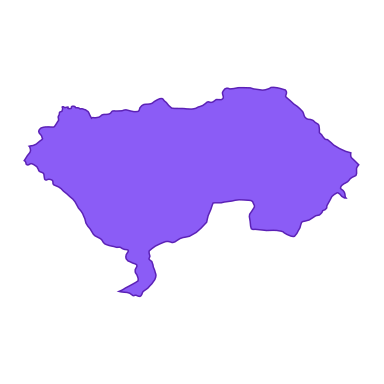 outline of Xin Man, Hà Giang, Vietnam, rotated 269°
{"feature_id": "81297802B50713424689894", "entity_name": "Xin Man", "entity_type": "district", "adm_level": 2, "iso_a3": "VNM", "parent_name": "Vietnam", "parent_adm1": "Hà Giang", "projection": "equal_earth", "projection_center": [104.512, 22.634], "detail": "fine", "context": "isolated", "style": "filled", "palette": "violet", "viewbox_px": 384, "rotation_deg": 269, "n_neighbors": 0, "source": "geoboundaries", "source_scale": "gbopen_adm2", "svg_char_len": 5992}
<svg xmlns="http://www.w3.org/2000/svg" viewBox="0 0 384 384"><g transform="rotate(269 192 192)"><path d="M166.8,319.0L168.1,320.5L169.3,321.6L171.0,322.3L172.1,324.9L173.7,326.4L175.9,326.6L179.0,328.4L181.6,329.9L185.1,331.8L186.9,334.0L188.6,336.9L188.7,337.7L188.3,338.4L187.4,339.7L185.0,341.7L183.4,344.3L183.3,345.9L184.2,345.2L185.4,345.0L186.9,344.9L188.3,344.6L189.6,344.0L190.9,343.0L192.4,341.1L192.9,340.6L194.0,340.7L194.9,341.0L196.0,341.9L197.5,343.9L198.2,345.4L199.5,347.7L200.9,349.1L202.6,350.5L203.9,352.4L205.2,355.3L205.7,356.2L206.8,356.6L207.8,356.9L208.8,356.9L212.5,356.9L213.5,357.2L214.8,358.0L216.3,359.2L220.4,355.2L223.5,352.0L224.8,351.4L227.0,351.3L228.4,351.5L229.0,349.5L229.9,346.5L231.5,343.1L233.0,340.0L234.9,337.0L236.3,334.7L237.3,333.6L238.8,332.1L242.0,328.4L242.2,326.7L242.7,325.7L245.3,323.6L247.0,322.6L248.1,321.4L249.0,320.5L249.4,320.4L250.5,320.4L252.2,320.5L254.4,320.3L256.5,320.0L257.4,319.4L257.8,319.0L258.4,318.0L259.5,316.3L261.3,314.5L261.9,313.3L262.5,311.5L262.7,309.4L263.2,308.1L264.2,306.8L265.3,305.9L266.6,305.4L269.0,304.7L270.5,304.0L273.5,301.2L275.7,298.8L278.2,295.3L281.6,291.8L284.6,288.4L285.8,287.3L286.4,287.3L288.8,288.1L289.4,288.2L290.3,288.2L291.2,287.9L292.4,287.1L293.9,282.3L294.7,279.2L295.2,275.7L295.2,273.9L295.2,272.9L294.2,271.2L293.8,270.1L292.9,267.1L292.6,264.3L292.9,262.5L293.3,260.0L294.0,255.4L295.1,252.1L295.2,249.8L295.4,245.4L295.5,240.9L295.4,239.6L294.7,235.5L294.5,233.3L294.4,231.7L295.1,229.8L295.2,228.7L294.6,226.8L292.8,225.2L291.0,224.2L289.8,224.2L288.1,224.6L287.3,224.9L285.8,224.9L285.1,224.7L284.6,224.2L284.2,223.7L283.8,222.7L283.9,220.4L284.0,218.6L284.0,217.8L282.5,215.7L281.6,214.3L281.3,213.4L281.3,211.8L281.9,210.2L281.8,209.3L281.5,208.5L280.1,206.8L278.3,204.2L277.3,201.4L276.9,199.8L275.6,197.2L275.1,194.8L274.9,192.8L275.2,188.1L275.6,185.2L275.9,175.7L276.2,173.2L278.9,170.2L281.9,167.9L283.7,165.8L285.4,164.6L285.9,163.8L286.0,162.8L285.8,161.3L284.8,158.9L283.2,156.0L281.5,153.8L280.9,152.1L280.6,149.7L280.5,146.6L280.3,145.3L279.9,144.5L279.1,143.2L277.1,141.4L275.5,140.9L274.6,140.6L274.3,140.4L273.6,139.7L273.4,138.6L273.3,136.4L273.4,135.1L274.0,132.3L275.2,128.0L275.3,127.1L275.1,125.5L274.6,124.1L274.4,122.8L274.3,118.9L274.3,116.8L274.5,115.6L274.4,114.7L274.3,113.8L273.6,113.0L272.9,112.5L272.1,111.8L271.7,111.0L271.3,109.8L271.1,108.1L271.1,105.4L270.9,104.2L270.5,103.1L269.6,102.1L268.9,101.1L268.4,100.1L268.2,98.7L267.9,96.9L267.9,95.8L268.1,94.6L268.1,93.9L268.0,93.5L267.5,92.8L268.5,92.3L270.6,91.2L272.6,90.4L274.2,89.5L275.6,87.5L276.0,87.1L276.4,85.6L276.9,84.5L277.1,83.8L277.2,83.2L277.1,82.3L277.1,81.4L277.5,80.9L278.0,80.2L278.2,79.4L278.3,77.3L278.5,76.8L279.3,76.6L279.6,76.1L279.8,75.3L279.9,74.5L279.7,73.5L279.3,73.0L278.8,72.9L278.0,72.8L277.6,72.5L277.5,71.9L277.5,71.5L277.5,70.4L277.7,69.5L278.0,69.4L278.4,69.5L278.7,69.6L278.9,69.6L279.1,69.5L279.1,69.2L279.1,68.8L278.9,68.1L278.7,67.1L278.6,66.5L278.6,66.2L278.7,65.9L278.9,65.7L279.2,65.4L279.5,64.8L279.5,64.1L279.2,63.7L278.5,63.9L277.5,64.1L276.0,63.7L275.1,63.4L274.8,62.9L274.6,62.3L274.3,61.4L274.1,61.1L273.5,60.8L272.0,60.7L271.1,60.3L270.1,59.7L269.3,59.5L268.5,59.6L267.5,59.8L266.8,59.8L265.9,59.8L265.0,59.1L262.5,57.5L261.2,56.6L259.8,55.6L259.4,54.9L259.3,54.2L259.5,51.0L259.6,50.2L259.6,46.7L259.3,44.4L258.6,42.1L257.7,41.1L256.6,40.2L255.3,39.8L253.7,40.2L250.9,42.5L249.5,42.9L247.8,43.5L246.9,42.7L245.7,40.9L242.6,37.1L242.0,35.7L241.8,35.3L241.2,33.7L241.0,31.7L240.6,30.0L240.2,30.4L240.1,30.5L237.9,31.1L236.4,31.3L235.0,30.9L234.6,30.7L234.2,30.5L231.3,28.1L228.4,26.2L226.3,24.8L226.0,25.3L225.3,26.0L224.1,26.4L222.7,26.7L222.2,27.3L221.9,28.2L222.1,29.2L223.1,31.1L223.1,32.4L222.0,34.5L220.0,37.3L217.4,38.7L215.9,39.2L214.9,40.4L214.1,42.5L213.6,43.4L212.5,44.2L209.7,44.5L207.4,44.9L206.7,45.6L206.5,46.5L207.2,48.4L207.2,49.7L206.6,51.9L205.5,53.0L204.4,53.1L202.6,53.2L201.5,54.0L200.7,55.8L199.4,58.7L197.6,61.2L195.1,63.5L192.3,66.9L189.6,69.7L186.9,72.8L184.2,74.9L181.0,76.6L177.9,78.2L175.0,80.6L172.3,82.3L170.2,83.1L167.1,84.4L162.8,85.4L159.7,87.2L156.9,89.5L154.3,91.0L151.4,92.7L149.9,94.2L148.1,97.5L146.9,99.7L145.5,101.1L143.4,102.3L141.8,103.7L141.0,105.3L139.9,108.3L139.3,110.8L138.8,113.1L138.0,115.6L138.0,116.8L138.1,118.0L138.1,118.9L137.7,119.8L136.8,121.1L136.2,122.3L135.7,123.8L135.5,125.6L135.2,126.8L134.7,127.2L133.7,127.2L130.6,125.2L128.3,124.7L126.4,125.0L124.2,126.8L123.4,128.7L122.0,131.4L121.1,134.0L120.5,135.0L120.0,135.5L119.2,135.6L118.5,135.6L115.5,133.9L113.8,133.8L112.3,134.0L110.2,135.4L107.8,136.3L106.1,136.7L104.1,136.5L102.6,134.2L100.5,130.3L99.0,127.4L97.2,123.8L95.9,121.7L95.0,120.0L93.9,117.3L93.4,119.2L93.0,122.1L92.7,125.3L91.9,127.9L90.3,130.1L89.6,130.9L89.3,132.0L89.7,132.9L89.8,134.2L88.8,136.4L88.5,138.1L89.1,139.1L90.4,140.0L92.5,140.8L93.5,141.6L96.6,146.1L99.0,148.3L101.0,150.3L105.1,153.3L107.4,154.2L109.1,154.5L110.4,154.4L112.3,153.8L114.6,153.2L117.7,152.0L119.8,151.7L123.2,150.6L124.6,148.8L125.6,147.9L125.9,147.8L128.5,148.8L129.8,148.5L131.3,148.1L132.7,148.0L133.7,148.1L134.3,148.7L136.1,150.9L138.6,154.5L140.6,158.8L142.2,162.8L142.9,164.9L143.0,167.1L142.4,169.7L141.9,170.8L141.8,171.8L142.4,174.0L143.9,176.3L145.7,179.3L146.6,182.1L147.0,184.7L147.8,188.7L151.5,195.5L155.6,200.3L161.5,206.1L164.5,206.8L168.0,207.7L174.2,210.5L178.8,212.1L180.6,212.9L180.8,214.6L180.7,221.1L181.4,224.1L182.3,231.9L183.0,235.1L183.4,239.0L183.2,242.8L182.7,249.0L182.4,250.9L181.4,252.4L179.4,253.2L177.6,254.1L175.8,254.1L171.9,251.5L168.8,249.3L166.4,248.9L161.8,249.6L156.8,250.0L154.2,250.7L153.6,251.9L153.5,252.8L153.6,254.5L152.7,262.1L152.2,265.8L152.3,272.6L152.1,276.1L151.3,280.4L150.6,282.4L149.6,283.4L147.9,286.2L146.2,290.1L145.7,292.5L145.9,293.7L148.7,296.1L151.5,297.6L154.3,299.3L157.1,300.1L159.7,301.0L160.5,302.2L161.0,304.8L162.0,308.7L164.0,312.0L166.1,315.3L166.8,319.0Z" fill="#8b5cf6" stroke="#5b21b6" stroke-width="1.5"/></g></svg>